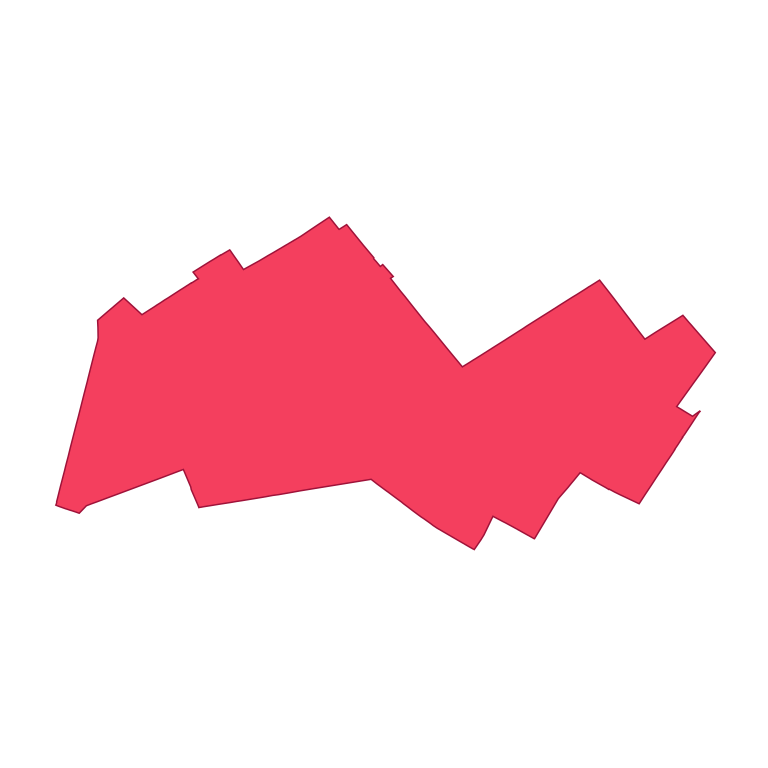 the district of Glodeanu-Silistea, Buzau, Romania, rotated 358°
{"feature_id": "2599482B12439235615588", "entity_name": "Glodeanu-Silistea", "entity_type": "district", "adm_level": 2, "iso_a3": "ROU", "parent_name": "Romania", "parent_adm1": "Buzau", "projection": "robinson", "projection_center": [26.776, 44.841], "detail": "fine", "context": "isolated", "style": "filled", "palette": "rose", "viewbox_px": 768, "rotation_deg": 358, "n_neighbors": 0, "source": "geoboundaries", "source_scale": "gbopen_adm2", "svg_char_len": 3896}
<svg xmlns="http://www.w3.org/2000/svg" viewBox="0 0 768 768"><g transform="rotate(358 384 384)"><path d="M74.9,502.5L81.5,496.1L82.3,495.3L86.9,493.7L93.4,491.6L94.6,491.2L103.2,488.3L114.7,484.5L135.6,477.5L154.5,471.2L162.2,468.6L170.1,465.9L180.5,462.4L187.3,480.2L187.6,482.5L187.9,483.4L191.2,491.8L193.7,498.2L194.1,499.3L194.7,500.9L194.7,501.0L197.8,500.6L199.0,500.4L206.4,499.5L215.0,498.4L216.8,498.2L221.8,497.6L226.1,497.1L232.7,496.2L237.2,495.7L245.8,494.6L250.5,494.0L259.0,492.9L262.0,492.5L268.6,491.5L269.5,491.4L274.7,490.9L285.0,489.5L296.0,487.9L313.9,485.6L342.5,482.0L355.1,480.4L367.8,478.8L371.6,482.0L373.1,483.3L383.8,491.8L384.0,491.9L392.6,498.8L395.4,501.0L397.3,502.5L399.4,504.4L403.3,507.5L408.1,511.5L412.6,515.1L416.4,518.1L419.5,520.3L422.6,522.7L423.3,523.2L426.1,525.4L428.5,527.4L429.4,528.0L431.6,529.6L432.0,529.9L462.4,549.0L467.1,551.9L467.9,552.2L468.4,552.6L469.7,550.9L473.8,545.3L475.3,543.3L478.3,538.8L478.7,538.2L486.2,523.9L486.6,523.1L488.3,520.0L489.1,520.5L497.8,525.5L500.0,526.7L500.2,526.8L502.6,528.2L508.4,531.6L518.8,537.9L528.8,543.9L529.0,543.9L539.0,528.4L547.7,514.8L554.1,504.8L555.5,503.2L560.1,498.3L564.2,493.9L568.3,489.2L570.3,487.0L573.9,482.9L576.9,479.5L577.5,479.9L577.9,480.1L586.5,485.7L588.4,487.0L596.1,491.7L601.9,495.2L604.2,496.7L604.9,497.2L605.3,496.9L606.4,497.6L606.9,497.8L610.6,500.0L616.4,503.1L620.9,505.4L634.8,512.6L641.3,503.3L647.9,494.1L652.8,487.1L659.2,478.2L662.9,472.9L668.9,464.7L672.1,460.1L672.4,459.7L672.2,459.5L672.6,459.0L675.6,454.9L679.3,449.6L680.7,447.7L680.4,447.4L681.4,446.4L682.6,444.9L685.3,441.1L689.9,434.7L694.1,428.7L698.2,423.0L698.9,422.5L698.6,422.1L691.2,427.0L675.7,416.8L680.0,411.2L693.9,393.2L699.6,385.9L706.3,377.2L716.2,364.2L707.1,353.0L697.2,340.8L693.1,335.7L690.9,333.1L689.5,331.3L688.3,329.8L687.1,328.3L686.9,328.0L685.8,326.7L685.5,326.4L685.1,325.8L678.9,329.4L672.6,333.0L670.5,334.2L664.2,337.8L657.9,341.4L646.3,348.3L642.8,343.4L636.5,334.6L635.7,333.4L631.5,327.4L624.6,317.7L616.8,306.6L611.3,299.0L603.1,287.7L601.0,288.9L597.1,291.2L593.1,293.5L592.1,294.0L588.7,296.1L579.8,301.3L575.3,303.8L563.8,310.5L553.5,316.6L543.5,322.4L528.6,331.1L525.1,333.3L523.6,334.2L520.3,336.1L515.6,338.9L508.8,342.9L506.5,344.3L501.5,347.2L496.5,350.1L481.7,358.8L474.0,363.2L470.8,365.1L462.9,369.6L449.4,352.1L435.6,333.9L430.7,327.6L427.2,323.3L426.9,322.9L418.3,311.3L410.7,301.0L410.6,300.7L409.9,299.9L408.1,297.4L404.0,292.1L398.7,284.8L394.2,278.6L397.0,276.9L386.9,264.6L384.4,266.4L380.5,261.4L378.0,258.4L378.3,257.5L367.9,244.2L357.8,230.8L353.3,224.8L352.4,223.6L352.2,223.4L349.9,224.8L344.5,227.9L344.2,227.6L343.2,226.2L335.2,215.4L323.3,222.7L315.1,227.8L306.0,233.5L277.6,249.0L272.6,251.6L269.0,253.6L266.8,254.8L263.9,256.4L249.3,263.8L247.6,264.7L246.2,262.6L242.9,257.4L240.0,253.0L236.7,247.9L235.3,245.7L234.5,244.6L225.2,249.6L225.1,249.4L223.0,250.6L218.5,253.2L214.5,255.4L210.0,258.0L197.1,265.5L201.0,270.9L202.2,272.4L201.6,272.7L200.5,273.2L197.7,274.9L194.9,276.5L194.8,276.3L191.7,278.2L190.6,278.8L189.3,279.6L187.3,280.8L185.6,281.8L184.0,282.7L178.5,286.0L171.7,290.1L168.9,291.7L168.3,292.0L162.8,295.4L159.3,297.4L159.3,297.5L153.4,301.0L144.5,306.3L126.9,288.9L109.4,302.8L100.8,309.7L100.7,309.8L100.0,310.3L100.1,317.4L99.9,327.8L99.6,329.6L99.1,331.7L98.2,334.6L97.3,337.5L96.4,340.6L95.0,345.3L93.5,350.5L92.3,354.6L91.0,359.1L88.2,368.8L87.5,371.4L86.3,375.4L83.7,384.2L80.3,396.0L78.9,400.8L77.3,406.3L75.6,411.9L75.4,412.5L68.5,436.0L65.8,445.6L64.7,449.2L63.8,452.2L62.8,455.6L62.2,457.8L61.7,459.6L60.2,464.6L58.6,470.0L57.1,475.0L54.9,482.7L53.8,486.6L52.9,489.6L52.7,490.4L52.8,490.8L52.3,492.5L51.8,493.6L53.5,494.4L55.2,495.1L59.3,496.7L61.5,497.6L62.2,497.8L63.6,498.3L66.2,499.3L66.9,499.5L67.5,499.7L72.1,501.4L72.3,501.5L74.1,502.2L74.9,502.5Z" fill="#f43f5e" stroke="#9f1239" stroke-width="1.5"/></g></svg>